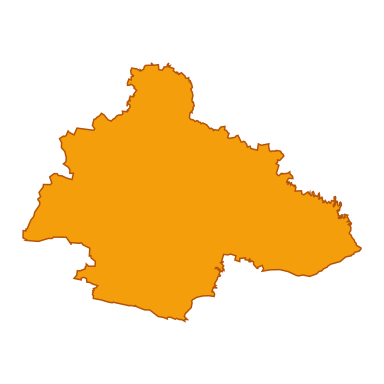 Cacadu, Eastern Cape, South Africa (Equal Earth projection)
{"feature_id": "47623444B84929106525656", "entity_name": "Cacadu", "entity_type": "district", "adm_level": 2, "iso_a3": "ZAF", "parent_name": "South Africa", "parent_adm1": "Eastern Cape", "projection": "equal_earth", "projection_center": [25.475, -32.951], "detail": "fine", "context": "isolated", "style": "filled", "palette": "amber", "viewbox_px": 384, "rotation_deg": 0, "n_neighbors": 0, "source": "geoboundaries", "source_scale": "gbopen_adm2", "svg_char_len": 5971}
<svg xmlns="http://www.w3.org/2000/svg" viewBox="0 0 384 384"><path d="M268.9,143.8L261.2,145.3L258.4,143.9L257.4,150.2L250.8,148.5L250.1,146.2L247.4,147.0L246.6,144.2L244.8,141.8L243.5,141.3L242.5,142.0L241.1,141.9L238.0,135.4L236.4,135.8L235.0,137.3L229.2,138.4L227.6,137.3L229.0,133.4L228.3,133.3L226.4,130.5L224.6,129.9L224.9,126.4L220.7,127.1L218.3,130.4L214.8,129.7L213.4,130.5L213.3,129.5L211.2,128.2L209.7,128.7L206.7,124.8L202.8,123.0L201.0,123.7L200.3,122.3L198.6,122.1L198.2,121.1L197.0,120.6L195.2,121.5L192.9,119.7L190.8,119.5L189.4,117.7L189.8,114.3L190.2,112.6L190.9,112.1L192.0,112.7L191.9,111.1L193.2,109.3L193.0,107.5L194.2,105.9L193.3,102.1L192.7,102.3L191.9,100.4L192.9,95.6L192.4,92.8L190.8,89.1L192.4,87.5L191.5,83.7L190.5,83.0L190.9,82.5L190.3,80.9L189.3,81.4L188.6,77.7L186.9,78.4L185.5,77.9L185.0,76.1L181.4,72.7L178.3,74.9L179.0,73.5L177.6,73.4L177.6,72.4L176.6,72.1L176.1,73.0L173.4,70.8L173.8,68.5L169.0,66.9L170.0,65.6L168.5,65.9L167.8,65.2L168.9,63.0L167.4,64.6L167.0,66.7L163.9,67.1L164.0,67.9L161.9,70.3L158.8,69.6L158.4,64.7L153.4,65.3L151.2,62.8L152.0,65.2L145.6,65.4L144.4,66.5L143.7,69.1L141.3,70.7L140.1,69.7L140.0,70.8L136.7,68.9L131.7,68.1L130.7,70.9L131.2,74.1L133.5,75.7L133.2,76.3L131.3,76.6L131.2,79.9L128.9,79.1L127.4,83.2L127.5,85.3L130.0,85.1L130.7,84.3L132.0,84.8L134.6,87.0L133.9,88.0L136.6,90.3L133.5,94.5L134.4,95.4L134.0,96.1L132.9,96.2L132.9,96.9L130.3,96.1L129.3,99.1L130.3,100.2L129.8,101.1L128.9,100.6L128.1,101.2L128.1,102.1L127.4,102.1L127.0,106.3L127.9,103.6L129.9,105.0L129.9,107.6L127.4,110.2L128.2,110.4L127.2,111.8L122.4,111.2L122.9,113.6L121.8,114.8L118.3,115.1L116.5,116.1L114.5,118.7L113.4,118.9L111.2,121.1L108.0,119.8L103.9,114.8L101.4,113.3L99.9,115.5L96.9,117.4L95.7,118.9L94.0,119.3L92.4,125.5L94.7,128.7L93.7,130.3L77.0,128.1L74.0,134.9L69.3,132.4L68.1,131.0L66.1,135.6L64.6,136.4L63.4,136.1L59.5,138.6L61.6,142.7L61.4,147.6L64.8,151.5L66.3,157.7L65.9,161.8L63.4,163.9L68.3,167.2L69.9,169.8L69.8,173.3L73.4,173.3L72.0,179.6L66.3,178.0L62.1,175.9L58.3,175.5L57.2,173.7L54.2,173.6L49.7,176.9L51.8,183.0L50.4,184.6L43.4,184.5L43.1,187.1L39.0,192.4L40.6,196.8L38.0,198.8L37.9,199.7L39.8,202.1L39.6,205.0L34.8,212.0L33.7,216.6L30.9,220.0L27.1,228.9L25.9,229.1L25.9,230.9L23.2,230.6L23.0,237.8L26.8,240.0L26.0,240.4L38.4,241.4L48.4,238.4L52.0,238.5L53.7,237.1L66.2,237.2L71.4,244.7L70.6,242.6L79.3,243.3L81.5,242.8L82.9,244.8L89.8,248.2L89.3,256.0L90.8,255.7L91.1,257.9L95.4,261.4L95.0,266.2L88.6,266.2L86.3,264.0L86.2,266.2L85.2,267.2L85.2,268.9L80.1,270.8L77.4,270.7L76.7,275.3L74.0,278.4L81.2,279.9L81.1,278.3L83.5,277.3L86.5,278.5L86.8,282.1L90.4,282.5L91.3,283.5L97.7,285.7L96.2,287.7L93.4,288.6L94.2,290.0L92.7,290.6L93.3,292.4L92.7,292.8L92.5,294.6L93.4,295.7L93.3,298.4L101.5,300.0L108.8,302.2L112.3,302.8L113.1,302.2L129.7,305.8L130.5,305.4L135.1,306.3L135.4,305.6L137.0,306.9L144.3,309.8L149.8,310.0L158.2,316.5L163.4,317.4L167.2,318.9L167.0,318.2L167.7,317.3L170.1,317.1L175.3,319.2L176.7,318.4L179.5,319.6L181.4,319.5L184.7,321.2L184.4,320.3L184.9,319.5L187.3,319.5L184.3,316.5L185.1,313.9L191.2,307.6L192.1,302.9L191.6,301.1L192.6,299.7L197.1,297.2L203.1,295.9L208.9,295.7L214.1,296.5L214.6,294.5L214.3,293.3L213.1,291.5L212.1,291.9L211.9,291.1L213.4,287.7L217.3,288.0L213.8,286.9L216.0,285.6L214.4,284.1L217.1,279.4L218.0,276.4L220.0,276.2L220.4,275.3L218.9,274.4L220.2,271.6L216.5,268.0L215.5,268.3L216.1,267.3L218.0,267.9L217.5,268.7L220.1,269.4L220.2,270.2L219.4,270.4L222.1,271.7L222.9,270.0L223.9,270.6L224.0,269.3L222.4,267.8L223.7,266.0L220.7,262.6L222.8,262.5L223.1,261.7L221.7,261.0L223.6,254.4L228.1,254.9L230.6,254.0L236.0,255.9L234.9,260.0L239.7,261.6L239.8,258.4L245.5,257.9L245.1,259.7L248.3,260.2L249.2,261.7L249.5,261.3L249.4,260.7L248.8,260.6L249.1,259.4L249.8,258.9L250.9,261.6L251.3,260.9L253.4,261.6L253.7,264.6L256.9,268.2L257.8,268.4L257.8,267.3L262.2,265.4L263.6,268.9L262.2,271.2L270.4,269.8L279.8,269.6L288.2,271.6L296.3,275.4L298.6,275.9L302.9,275.0L309.6,276.4L316.6,273.9L319.3,271.3L321.7,270.9L323.4,268.9L327.2,267.1L327.8,266.1L330.7,264.2L340.3,261.5L345.7,256.9L351.2,255.8L351.7,254.9L353.8,254.1L353.8,253.3L355.0,252.3L359.2,251.1L361.0,249.0L360.9,247.9L356.5,245.4L355.9,242.9L354.9,242.2L354.0,239.7L352.2,237.9L351.1,235.2L349.3,233.5L349.4,232.5L350.7,230.7L350.9,227.7L349.9,225.3L348.3,224.5L349.3,223.5L351.0,224.4L351.4,223.3L349.7,221.4L347.6,221.6L349.1,220.1L347.4,217.1L347.1,215.8L347.7,215.2L344.9,214.4L344.7,217.1L345.2,217.4L343.7,218.2L342.8,217.4L343.0,216.1L342.3,215.5L342.8,215.0L341.7,214.9L341.3,215.1L341.5,216.9L341.0,217.3L340.9,218.3L338.6,218.4L338.4,217.4L339.6,217.2L340.4,216.1L338.3,215.4L338.3,213.4L337.9,213.4L337.0,210.8L338.1,209.9L338.7,211.0L339.5,210.4L339.9,207.8L341.4,205.3L341.2,203.3L340.6,202.2L339.8,202.6L339.6,205.3L338.4,205.8L337.6,204.4L337.4,201.5L336.4,201.2L334.5,205.9L333.6,206.6L333.3,205.4L335.1,202.3L335.7,197.6L335.3,196.6L334.2,197.0L334.2,200.2L333.8,201.1L331.6,200.6L330.5,203.2L329.6,202.9L328.9,201.6L327.0,203.3L325.2,200.5L324.1,202.4L322.9,202.5L323.2,200.8L322.2,199.8L322.4,198.0L321.9,197.2L319.0,199.2L318.8,198.5L319.7,196.5L319.2,193.2L318.5,193.8L318.0,196.4L317.3,196.6L315.6,195.4L314.0,196.7L313.6,196.1L314.2,193.6L313.3,191.6L312.2,192.3L312.0,195.1L311.2,195.6L310.2,194.7L309.9,192.5L309.4,193.7L308.8,193.8L307.9,191.9L303.8,194.8L301.8,193.8L301.5,190.8L295.1,191.1L295.9,187.2L295.1,185.3L294.2,185.2L294.0,186.3L292.1,184.3L290.8,185.0L291.3,182.9L290.1,183.5L289.3,182.2L288.8,183.8L288.0,184.1L288.3,183.0L287.8,181.6L287.5,182.7L286.9,182.7L286.7,181.6L288.5,178.3L292.9,178.6L292.5,176.3L290.0,173.9L289.8,171.8L287.8,173.3L282.3,173.9L282.4,173.5L281.3,173.4L279.0,175.7L277.7,175.1L276.4,173.3L278.9,165.3L276.0,163.7L277.6,162.1L277.6,159.9L279.7,160.5L283.8,156.1L283.3,154.5L281.2,152.9L281.3,152.3L280.2,151.1L276.2,150.4L276.0,151.1L272.2,151.0L270.8,151.6L269.3,150.2L268.6,145.7L268.9,143.8Z" fill="#f59e0b" stroke="#b45309" stroke-width="1.5"/></svg>